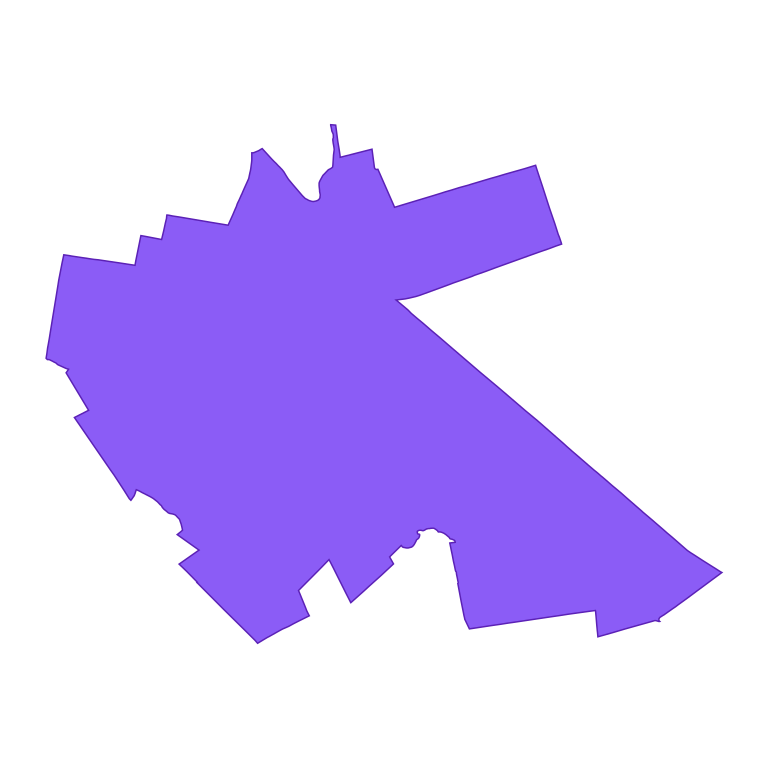 Albesti-Paleologu, Prahova, Romania
{"feature_id": "2599482B19983322409894", "entity_name": "Albesti-Paleologu", "entity_type": "district", "adm_level": 2, "iso_a3": "ROU", "parent_name": "Romania", "parent_adm1": "Prahova", "projection": "equal_earth", "projection_center": [26.24, 44.93], "detail": "fine", "context": "isolated", "style": "filled", "palette": "violet", "viewbox_px": 768, "rotation_deg": 0, "n_neighbors": 0, "source": "geoboundaries", "source_scale": "gbopen_adm2", "svg_char_len": 6048}
<svg xmlns="http://www.w3.org/2000/svg" viewBox="0 0 768 768"><path d="M721.9,572.5L720.4,571.7L717.6,569.9L702.4,560.3L694.4,555.1L690.6,552.7L687.7,550.7L686.8,550.0L672.4,537.4L667.0,532.9L663.3,529.6L660.4,527.1L655.4,522.8L652.9,520.6L642.5,511.8L641.7,511.0L636.5,506.5L626.4,497.7L621.0,492.9L612.1,485.5L602.7,477.3L600.7,475.7L598.0,473.3L594.3,470.3L588.1,465.0L581.2,459.0L571.8,450.9L566.9,446.6L564.3,444.2L537.6,420.8L525.3,410.6L499.3,388.3L479.6,371.8L459.1,354.2L447.0,343.8L441.1,338.7L434.6,333.2L430.0,329.3L423.8,323.9L417.3,318.5L411.3,313.4L408.0,310.0L396.1,300.0L405.1,298.9L409.1,298.1L415.9,296.5L419.8,295.3L449.9,284.3L453.5,282.9L460.7,280.4L472.2,276.3L474.5,275.3L485.4,271.5L494.5,268.1L531.2,254.9L540.2,251.7L549.2,248.6L555.8,246.1L561.6,244.1L561.3,243.0L561.2,242.6L559.4,237.2L558.2,234.3L554.8,223.6L549.6,208.5L548.1,203.9L542.6,186.8L539.1,176.2L536.6,168.6L535.6,165.3L524.2,168.8L505.1,174.2L497.1,176.6L490.7,178.4L470.6,184.4L468.5,185.1L459.3,187.6L450.7,190.3L445.4,191.8L441.4,193.1L433.0,195.7L394.5,207.3L394.3,206.6L377.9,169.3L376.3,169.5L376.2,169.5L375.0,168.8L374.7,168.4L374.4,167.3L372.0,149.2L340.2,157.3L340.2,157.0L340.0,155.2L339.1,149.0L337.8,141.4L335.7,125.1L330.7,124.7L330.7,125.5L330.8,126.0L331.1,126.8L331.2,127.6L331.5,128.9L331.7,130.4L331.8,131.0L332.1,131.6L332.3,132.1L333.1,133.9L333.2,134.5L333.3,135.1L333.3,136.0L333.3,136.7L333.4,137.4L333.0,138.5L332.8,139.7L332.9,140.7L333.2,143.2L333.9,147.0L334.2,149.6L333.5,155.1L332.9,165.0L332.7,166.5L332.5,167.3L331.3,168.2L329.5,169.2L328.4,169.7L325.9,172.3L324.8,173.5L323.1,175.2L322.5,176.1L320.8,179.2L319.8,181.1L319.3,182.3L319.1,183.2L319.1,185.5L319.2,186.9L319.6,190.5L319.6,191.5L320.2,194.6L320.2,195.5L320.0,196.9L320.0,197.7L319.6,198.4L319.2,199.1L318.7,199.6L318.0,200.2L316.9,200.7L315.7,201.1L313.6,201.5L312.8,201.5L312.1,201.4L311.2,201.2L309.4,200.6L308.5,200.3L307.6,199.7L305.8,198.8L305.0,198.3L302.3,195.6L292.8,184.5L288.4,179.2L286.1,175.6L283.9,171.9L282.1,169.6L281.0,168.5L279.6,167.0L278.3,165.8L276.1,163.4L274.0,161.4L271.5,158.8L262.2,148.6L260.7,149.4L258.8,150.6L254.0,152.6L252.9,152.8L251.8,152.8L251.8,154.0L251.8,155.0L251.8,155.5L251.8,156.9L251.8,160.2L251.6,162.2L250.7,169.2L250.6,169.5L250.4,170.8L249.9,172.8L248.8,178.1L248.5,179.0L246.8,182.8L244.3,188.3L242.6,192.2L241.6,194.6L241.4,194.8L240.5,196.9L238.7,200.9L238.3,201.6L237.2,204.0L236.3,206.7L235.3,208.9L234.1,211.7L232.8,214.8L230.4,220.1L228.1,225.2L225.2,224.7L210.0,222.2L206.6,221.6L179.3,217.0L172.7,216.0L168.7,215.2L166.9,215.0L166.7,216.0L166.5,218.4L165.4,222.9L163.7,230.8L161.6,239.5L156.4,238.5L144.9,236.3L140.9,235.6L137.4,252.9L135.8,260.7L135.0,265.3L118.6,262.8L102.3,260.4L98.3,259.8L94.1,259.4L92.0,259.1L71.9,256.1L69.2,255.6L63.8,254.8L62.1,262.8L58.7,280.4L58.0,285.0L55.8,298.6L55.4,301.0L52.4,319.3L50.5,331.0L49.3,338.6L48.1,345.3L47.6,347.9L46.9,353.4L46.1,358.3L47.4,359.6L48.7,359.6L49.5,359.7L50.4,360.2L52.5,361.2L54.1,362.1L55.2,362.6L55.6,362.8L56.3,363.3L57.5,364.5L58.9,365.2L60.7,366.0L66.2,368.5L68.6,369.2L68.5,369.4L66.1,372.8L88.6,410.3L74.4,417.5L106.7,464.5L110.0,469.3L114.1,475.1L123.9,490.1L129.3,498.7L130.9,500.3L131.6,499.4L133.0,497.4L134.2,495.7L135.2,493.1L135.6,491.7L136.3,489.7L139.1,490.9L140.6,491.7L141.6,492.3L150.1,496.6L152.0,497.7L153.3,498.5L157.5,501.8L160.2,504.7L160.7,505.1L161.3,505.5L162.4,507.5L164.1,509.4L166.4,511.2L168.2,512.8L169.5,513.4L170.5,513.6L172.4,513.9L174.3,514.5L175.5,515.1L176.2,515.8L177.0,516.7L179.3,519.1L179.6,519.6L180.5,522.3L181.1,523.9L182.1,528.0L182.5,530.2L180.8,531.7L177.2,534.6L199.0,550.1L179.1,564.1L186.8,571.5L197.3,582.2L196.9,582.5L200.5,586.1L223.7,609.4L238.0,623.5L243.8,629.2L254.8,640.1L257.6,643.3L264.2,639.3L267.4,637.4L269.0,636.6L280.2,630.3L282.8,628.9L286.1,627.5L288.8,626.3L293.7,623.6L299.0,620.9L308.9,616.0L309.3,615.8L308.4,614.1L306.8,610.9L305.6,607.8L304.4,604.8L300.1,594.3L298.5,590.5L318.5,570.4L323.2,565.6L329.0,559.6L330.3,562.0L334.1,569.5L345.8,592.9L350.0,601.1L350.6,602.4L350.8,602.7L363.8,591.1L368.9,586.4L381.5,575.1L393.5,563.9L389.6,556.9L401.2,545.5L401.8,546.1L402.3,546.8L402.7,547.1L403.0,547.2L403.9,547.5L404.8,547.6L405.5,547.8L406.2,547.9L407.0,548.0L408.7,547.9L409.5,547.6L410.9,547.3L411.7,547.0L412.3,546.6L412.8,546.2L413.7,545.2L414.5,544.0L416.1,541.0L416.4,540.1L416.8,539.7L417.5,539.1L417.9,538.9L418.3,538.5L418.9,537.8L419.4,536.6L419.7,535.2L419.6,534.6L419.6,534.4L419.3,534.2L418.0,534.0L417.7,533.7L417.3,532.7L417.3,532.2L417.3,531.8L417.3,531.4L417.5,531.1L418.9,530.4L420.0,530.2L421.1,530.3L422.4,530.6L422.9,530.7L423.5,530.6L424.0,530.4L424.6,530.1L425.3,529.7L426.6,528.9L427.1,528.9L428.1,528.6L429.3,528.6L430.8,528.3L432.5,528.2L433.4,528.2L434.0,528.3L434.5,528.6L435.8,529.4L436.7,530.1L437.6,530.8L438.0,531.6L438.3,531.9L438.6,532.0L439.6,531.9L440.0,531.9L440.4,532.0L441.7,532.3L442.6,532.7L443.8,533.2L444.4,533.6L445.8,534.5L449.2,537.4L449.6,538.1L449.8,538.5L450.0,538.7L450.4,538.9L451.8,539.2L452.6,539.4L453.3,539.8L454.0,540.1L454.5,540.4L454.8,540.8L455.0,541.3L455.2,542.3L449.8,543.0L451.2,549.9L452.3,555.1L453.5,561.5L454.4,565.4L455.5,570.8L455.8,571.4L456.1,571.7L456.3,572.1L456.4,572.7L456.5,574.0L456.8,575.6L457.5,579.0L457.8,580.8L458.2,582.2L458.2,582.5L458.2,582.9L458.1,583.1L457.8,583.4L461.1,601.1L463.0,610.6L464.0,615.7L464.5,617.7L464.8,619.3L468.4,626.8L469.4,628.9L492.6,625.4L500.4,624.3L508.0,623.1L512.4,622.5L528.0,620.2L548.2,617.2L554.4,616.3L559.3,615.6L568.3,614.2L588.6,611.4L595.4,610.5L595.6,611.5L595.9,614.8L596.1,617.0L596.7,624.3L597.3,630.9L597.5,632.5L597.9,636.8L612.8,632.6L619.2,630.7L624.9,629.0L652.7,621.2L654.0,620.8L654.7,620.6L655.4,620.6L656.2,620.7L659.0,621.5L659.7,621.4L659.2,620.9L659.0,620.5L658.9,619.8L658.9,618.9L659.5,617.9L660.0,617.3L661.3,616.5L663.1,615.3L663.6,615.1L672.8,608.6L675.5,606.8L678.1,604.8L682.7,601.5L690.2,596.0L694.1,593.1L697.3,590.7L703.0,586.5L716.9,576.2L718.7,574.9L721.9,572.5Z" fill="#8b5cf6" stroke="#5b21b6" stroke-width="1.5"/></svg>